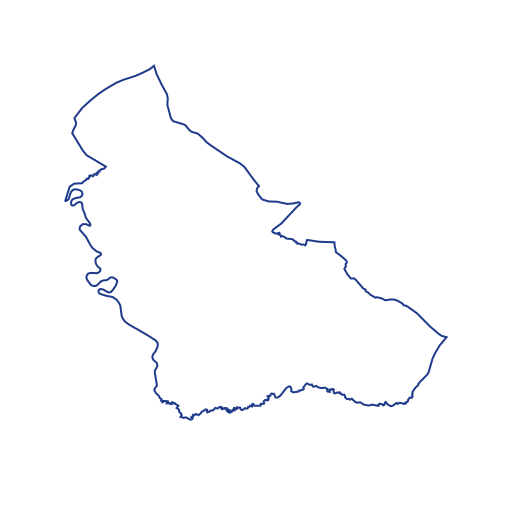 outline of At Samat, Roi Et, Thailand, rotated 189°
{"feature_id": "78962969B71289419444255", "entity_name": "At Samat", "entity_type": "district", "adm_level": 2, "iso_a3": "THA", "parent_name": "Thailand", "parent_adm1": "Roi Et", "projection": "mercator", "projection_center": [103.844, 15.828], "detail": "fine", "context": "isolated", "style": "outline", "palette": "blue", "viewbox_px": 512, "rotation_deg": 189, "n_neighbors": 0, "source": "geoboundaries", "source_scale": "gbopen_adm2", "svg_char_len": 6062}
<svg xmlns="http://www.w3.org/2000/svg" viewBox="0 0 512 512"><g transform="rotate(189 256 256)"><path d="M328.7,100.6L326.9,99.8L327.1,98.2L325.8,98.3L325.5,96.9L324.6,97.5L324.5,98.4L322.0,98.7L320.5,98.6L321.3,97.5L321.2,96.5L320.3,96.7L319.7,97.4L319.0,97.3L318.3,96.5L316.1,96.5L315.9,97.0L316.5,97.8L316.1,98.4L313.7,98.0L313.5,97.4L312.5,97.6L312.1,97.1L309.3,95.9L310.6,93.4L308.3,92.4L307.2,89.8L305.2,88.7L305.2,88.0L304.5,87.1L305.4,85.3L302.1,84.8L300.1,85.7L295.2,84.1L294.2,84.4L293.3,85.2L293.3,85.9L294.6,86.6L294.2,87.2L293.0,87.6L293.4,88.5L293.2,89.5L291.5,89.4L290.6,90.6L287.9,89.8L285.9,92.0L285.4,93.4L281.6,96.7L280.1,96.4L280.2,94.4L279.5,93.9L277.5,95.1L276.4,96.4L274.5,96.6L272.4,99.6L270.1,99.3L268.6,101.0L267.5,101.5L266.3,101.3L266.4,99.8L265.8,99.2L265.3,99.5L264.9,100.5L263.7,100.0L263.0,101.0L261.0,101.1L260.7,100.5L261.3,99.7L260.7,98.5L260.1,98.6L259.2,100.0L258.0,99.7L257.7,99.0L258.8,97.4L257.4,97.1L256.5,97.6L256.3,98.6L255.4,98.6L255.3,99.9L253.3,100.0L253.4,100.6L254.3,101.2L254.0,102.5L252.0,102.4L251.6,101.6L251.0,102.1L251.1,103.3L250.2,103.0L249.7,103.6L247.9,103.8L247.3,102.3L246.0,101.6L244.2,102.6L243.2,104.0L241.7,103.7L240.4,104.2L240.1,105.8L238.9,106.1L238.4,107.2L237.4,106.8L236.6,107.2L236.2,106.9L236.0,107.4L236.6,107.9L236.5,109.1L235.7,109.5L235.3,109.4L235.1,108.4L233.8,107.9L228.1,108.9L228.1,110.8L225.5,111.1L224.9,111.5L225.7,113.6L225.0,114.7L224.2,115.3L223.4,115.1L222.7,115.6L222.2,115.2L221.3,115.7L221.2,116.8L221.8,117.4L221.3,118.4L222.5,119.3L219.9,120.3L220.0,121.5L219.2,122.4L218.8,122.7L217.8,122.3L216.7,122.7L214.7,119.4L212.7,119.5L210.6,121.3L209.4,123.1L205.3,130.5L202.8,132.5L201.9,132.4L201.2,131.9L200.1,129.7L200.2,128.1L198.6,127.3L197.9,127.2L192.9,128.7L192.3,130.0L191.0,130.0L189.8,131.0L188.4,131.4L188.0,132.4L188.7,133.6L186.7,137.2L185.5,138.2L183.0,137.1L180.7,137.8L180.2,136.8L179.0,135.8L176.2,137.0L173.5,135.9L170.2,135.8L167.0,136.8L165.7,136.0L164.8,135.9L164.7,134.0L164.0,133.3L161.9,133.4L162.6,135.4L161.9,135.8L160.6,135.6L160.0,136.5L159.4,136.8L158.2,136.1L158.1,133.9L157.3,132.7L156.5,132.6L154.5,133.9L153.4,133.7L152.2,134.5L151.5,133.3L150.4,133.5L149.0,132.3L147.3,132.9L146.1,131.6L146.0,130.5L144.1,129.0L142.1,129.3L140.5,128.8L139.7,129.9L138.9,130.0L135.8,127.7L133.3,126.9L130.1,127.8L126.6,126.2L122.9,125.9L120.2,126.2L118.3,127.4L112.2,127.1L111.3,127.6L111.8,128.3L111.1,129.2L110.4,129.5L107.7,129.2L107.0,128.3L106.0,129.0L105.6,131.5L105.0,132.1L103.0,130.1L99.4,128.7L97.4,129.5L94.4,132.8L93.0,132.0L91.8,133.3L89.2,133.5L86.8,133.0L85.6,133.6L85.7,134.3L84.7,134.1L84.3,135.5L83.1,136.4L83.3,137.7L82.0,140.2L80.0,140.3L79.3,141.8L80.1,142.7L79.8,144.6L80.2,145.6L79.6,147.5L78.0,150.8L75.5,154.0L75.7,154.8L74.4,157.2L68.2,165.8L67.3,168.3L65.6,182.2L64.0,187.8L60.6,196.4L55.1,205.6L60.2,206.2L63.6,207.8L72.8,213.4L87.9,224.5L98.5,229.8L100.5,230.4L102.7,230.5L103.6,231.7L105.2,232.5L109.5,234.1L112.8,234.6L115.6,234.3L121.4,232.5L124.6,233.7L128.6,234.1L130.1,234.2L131.5,233.5L137.3,235.8L139.1,237.2L142.2,238.5L142.5,239.9L145.0,240.7L153.7,248.1L155.7,249.2L158.7,248.6L162.7,252.0L166.7,257.1L166.2,258.8L165.5,259.9L166.3,261.9L165.3,263.5L165.6,264.9L166.8,266.1L172.0,269.3L177.8,272.4L178.4,275.0L179.8,277.9L180.7,281.8L196.4,279.9L207.9,279.9L208.3,279.4L208.4,275.5L209.1,274.2L210.4,274.8L212.9,274.3L215.2,275.0L216.9,274.6L217.4,275.4L218.2,275.4L218.4,276.3L219.0,276.1L219.4,276.6L221.2,277.1L221.5,277.8L222.7,278.3L229.0,278.0L230.2,279.0L233.5,279.9L234.3,279.1L235.0,280.3L236.1,280.6L236.2,282.2L236.6,282.6L237.2,282.3L237.2,281.2L237.6,281.0L238.7,281.6L240.6,281.3L243.1,282.1L243.8,282.8L243.1,284.9L236.1,292.0L223.8,310.2L220.7,314.0L220.7,315.0L222.2,315.8L227.5,313.7L233.4,312.3L243.7,312.9L251.8,311.9L258.2,312.7L259.5,313.4L263.9,317.7L265.6,320.3L265.6,322.1L265.0,324.1L264.0,325.5L270.1,330.9L281.5,342.3L286.5,345.0L300.5,350.0L318.2,358.3L322.6,360.7L327.6,364.6L332.5,367.7L339.4,368.7L341.8,370.2L345.9,373.9L348.1,374.7L359.0,376.2L361.6,378.8L366.8,390.4L367.3,392.0L367.8,397.9L369.3,401.9L376.1,410.7L382.6,420.1L386.5,427.9L390.3,423.8L396.6,419.3L403.4,414.9L414.2,409.5L421.0,405.3L429.9,398.0L436.8,391.6L444.7,382.8L450.9,374.9L456.9,363.8L454.4,359.2L454.6,356.4L456.3,351.3L456.7,348.5L443.4,332.9L439.0,329.0L418.3,320.8L419.7,318.5L422.3,317.6L422.6,316.9L424.0,316.1L423.7,315.0L425.3,314.6L425.7,313.8L425.1,312.9L426.4,312.6L426.1,311.2L427.9,311.6L428.9,311.2L429.0,309.7L429.6,309.2L431.5,309.9L432.3,309.6L432.4,308.7L433.1,308.9L433.2,307.0L433.9,306.7L434.0,305.7L435.4,305.7L435.8,304.4L438.3,302.3L439.1,300.7L446.9,299.0L450.9,295.2L453.0,280.9L452.8,280.5L451.6,281.0L450.0,282.8L448.8,290.2L447.1,292.8L444.5,293.7L441.8,293.6L439.6,293.2L438.0,292.1L437.0,290.1L437.6,287.7L439.0,286.5L443.6,284.8L446.1,283.3L447.1,280.9L446.6,278.0L445.5,277.1L443.8,277.4L440.9,280.6L439.4,281.6L437.6,281.7L436.0,280.8L434.6,275.6L431.3,270.0L430.1,267.2L425.0,262.1L424.4,260.9L424.6,260.1L425.4,259.9L428.9,260.9L432.2,260.3L434.3,257.7L434.6,255.8L434.1,254.3L426.9,248.3L421.1,240.7L418.7,238.3L414.1,235.6L410.1,234.7L409.5,234.1L409.5,232.7L413.3,229.2L413.8,228.1L413.9,226.5L413.3,224.3L412.1,222.2L410.6,220.8L407.7,219.1L407.5,217.0L408.5,215.4L410.1,214.2L416.9,213.4L419.0,212.3L419.9,210.8L420.2,209.1L419.9,207.4L418.6,205.5L414.6,201.6L412.3,201.0L410.5,201.1L408.5,202.1L405.2,206.7L403.4,207.8L399.3,209.0L396.3,212.1L393.9,212.4L390.2,210.9L389.3,209.8L389.1,208.6L389.7,205.3L392.0,200.2L393.6,197.8L394.6,197.2L396.5,197.0L401.4,198.9L404.2,199.1L405.1,198.8L405.9,197.7L406.1,196.5L405.7,195.3L404.5,194.4L402.8,194.0L397.2,193.2L391.3,193.1L387.0,191.1L384.3,188.6L382.3,185.9L379.2,175.5L377.5,173.0L374.8,170.5L370.9,168.5L350.5,160.7L341.9,156.9L340.2,155.5L339.3,154.0L339.0,151.0L340.3,146.3L342.5,142.1L342.5,139.5L341.3,137.5L337.2,134.7L336.3,132.5L336.4,131.2L337.9,127.0L337.8,125.3L333.7,113.0L333.9,111.8L335.3,109.3L335.4,107.5L333.5,105.1L329.8,102.3L328.7,100.6Z" fill="none" stroke="#1e3a8a" stroke-width="2"/></g></svg>